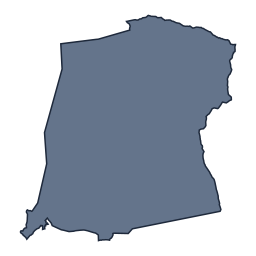 the district of San Antonio Huitepec, Oaxaca, Mexico
{"feature_id": "50627088B88102129443376", "entity_name": "San Antonio Huitepec", "entity_type": "district", "adm_level": 2, "iso_a3": "MEX", "parent_name": "Mexico", "parent_adm1": "Oaxaca", "projection": "robinson", "projection_center": [-97.134, 16.922], "detail": "fine", "context": "isolated", "style": "filled", "palette": "slate", "viewbox_px": 256, "rotation_deg": 0, "n_neighbors": 0, "source": "geoboundaries", "source_scale": "gbopen_adm2", "svg_char_len": 4598}
<svg xmlns="http://www.w3.org/2000/svg" viewBox="0 0 256 256"><path d="M44.5,132.6L46.7,163.8L37.7,203.0L32.3,210.9L31.6,211.3L31.0,210.9L30.3,210.6L29.5,210.7L28.7,210.7L27.9,210.2L27.4,209.9L26.9,210.3L26.6,210.8L26.5,211.4L26.4,211.7L26.4,212.1L27.4,213.9L27.5,215.0L27.4,215.9L27.4,216.7L27.3,217.9L27.3,219.2L27.2,220.1L27.1,221.5L26.8,222.7L26.6,223.4L26.3,224.2L26.1,224.9L26.3,225.7L26.4,226.7L26.5,227.7L25.4,228.0L24.7,228.2L24.1,228.8L23.7,229.2L23.4,229.7L23.2,230.2L23.0,230.7L22.8,231.0L22.1,230.8L21.5,230.9L21.0,230.9L20.7,231.1L20.5,231.7L20.5,232.2L20.7,232.7L21.1,233.1L21.5,233.4L22.0,233.7L22.3,234.0L22.8,234.4L23.1,234.9L23.2,235.3L23.7,235.6L23.8,235.7L24.1,235.9L24.7,236.5L25.1,236.8L25.7,237.3L26.1,237.9L26.3,238.3L26.6,238.8L26.8,239.2L30.0,235.4L30.5,235.2L31.0,235.1L31.4,234.8L32.0,234.2L32.7,233.8L33.1,232.9L33.4,232.1L34.1,231.3L34.9,230.4L35.7,229.8L36.4,229.2L37.2,228.7L38.2,228.4L39.0,228.0L39.0,227.9L40.1,226.6L40.4,226.0L41.5,224.9L40.5,226.1L42.4,225.7L42.7,227.0L42.6,229.4L44.5,228.8L44.8,228.8L44.6,226.1L45.6,225.9L45.5,224.8L48.1,224.2L47.3,223.0L46.3,223.3L46.1,222.8L46.1,222.7L45.7,221.5L46.0,221.2L45.2,220.5L47.3,218.1L48.7,220.2L49.5,220.9L51.3,223.2L52.2,225.6L61.3,229.8L63.5,230.2L69.0,231.6L73.7,231.2L75.6,230.7L80.4,230.2L83.5,230.0L84.6,230.1L87.7,230.8L93.6,232.6L95.7,233.1L98.3,235.0L98.5,240.6L99.5,240.3L100.4,240.1L101.4,240.2L102.6,239.8L103.9,239.9L105.8,239.7L107.2,239.8L108.6,239.9L109.2,240.2L109.6,240.2L109.7,239.3L109.9,239.1L110.1,238.9L110.5,238.5L110.8,238.4L111.1,238.1L111.4,238.0L111.5,237.7L111.8,237.3L112.1,237.0L112.3,236.7L112.4,236.2L112.7,235.7L112.8,235.5L112.9,235.2L113.0,234.8L113.0,234.1L112.9,233.5L113.9,233.2L128.2,233.5L132.4,228.8L220.1,211.3L220.9,209.5L220.1,206.8L219.8,206.0L219.3,204.7L219.6,203.4L219.1,201.4L218.7,200.0L218.3,198.8L218.2,196.7L218.1,195.6L217.8,194.7L217.4,192.9L216.9,191.1L216.3,189.4L216.0,187.5L215.3,184.2L215.0,182.7L214.6,181.2L214.2,179.8L213.6,178.7L212.8,177.9L211.9,176.9L211.3,175.4L210.2,173.7L209.9,172.8L209.4,171.9L206.1,167.0L205.4,166.1L205.0,164.7L204.3,163.6L203.9,162.0L203.7,160.6L203.5,159.9L203.1,158.2L203.0,156.9L202.9,155.6L203.0,154.6L203.1,153.7L203.2,153.3L203.5,152.7L203.7,152.2L204.0,151.7L203.4,150.6L202.4,149.1L202.1,148.2L202.4,147.5L202.5,147.2L202.4,146.1L202.3,145.7L201.4,144.7L200.9,143.7L200.8,143.1L200.8,142.4L200.7,141.7L200.6,140.6L200.4,140.0L200.2,139.2L200.2,138.4L200.0,137.4L200.0,136.4L199.7,135.2L199.3,133.5L199.1,133.0L199.0,132.7L199.3,130.0L201.0,129.1L203.6,128.7L204.0,128.1L204.9,127.2L205.4,126.5L205.9,125.5L205.7,122.1L205.9,120.9L206.4,119.0L206.4,117.5L206.1,116.8L206.1,116.5L207.9,114.6L209.2,113.8L210.5,111.7L211.1,110.8L211.4,110.2L211.8,109.5L212.1,108.7L214.2,107.9L217.1,108.5L217.7,108.6L218.4,108.1L220.0,106.0L220.5,105.3L222.3,102.3L222.6,102.1L226.3,102.9L228.3,101.6L229.5,100.6L231.3,99.9L231.4,99.3L231.3,98.4L231.3,97.6L231.1,96.9L228.5,94.6L228.4,94.5L227.7,90.2L227.6,88.6L227.9,87.6L227.8,86.3L227.4,85.8L227.7,81.4L227.4,79.5L227.5,78.2L228.0,77.5L228.2,76.5L228.4,76.2L229.0,75.0L230.0,74.1L231.2,71.3L231.7,69.8L231.6,69.2L231.1,68.4L230.7,66.9L230.6,64.7L229.7,61.4L229.7,60.5L230.4,59.4L230.8,59.0L231.0,59.0L231.5,58.8L232.1,57.8L232.3,57.3L232.3,56.5L232.4,56.0L232.4,55.6L232.7,55.1L232.7,54.6L233.0,53.9L233.3,53.6L233.6,53.1L233.5,52.4L234.0,52.2L234.6,51.8L234.8,51.4L235.0,51.4L235.1,50.8L235.0,50.1L235.1,49.2L234.8,47.7L235.0,47.0L234.9,46.2L235.3,45.6L235.5,44.5L234.6,44.5L232.7,44.7L232.2,44.4L230.6,44.1L229.8,42.3L229.4,41.7L229.0,40.7L228.2,40.3L227.8,39.8L225.8,39.9L223.4,39.3L222.0,38.6L221.0,38.6L219.7,37.8L218.5,38.0L217.3,37.1L216.7,37.1L216.5,36.9L214.6,35.6L213.0,35.0L212.4,34.2L210.4,31.9L209.2,31.7L204.4,29.2L203.6,28.5L202.3,28.3L201.1,27.4L200.7,27.5L199.6,27.5L198.8,27.3L196.3,27.1L195.1,27.5L194.6,27.7L193.4,28.0L192.6,28.0L190.1,26.1L189.7,26.0L189.2,26.4L187.5,26.2L186.5,26.2L185.7,26.3L183.8,26.0L182.5,25.5L181.8,24.8L181.3,24.6L179.6,23.4L178.8,23.2L178.0,23.1L176.1,22.7L173.2,21.3L172.3,21.2L171.7,21.0L170.4,20.1L169.9,20.0L169.4,20.0L166.5,20.1L164.8,20.4L164.3,19.8L163.1,19.1L161.1,17.4L160.0,17.6L158.8,17.6L158.4,17.7L157.3,17.6L155.8,16.5L151.0,16.3L150.0,15.8L148.8,15.6L148.3,15.4L147.7,15.8L146.7,16.8L145.7,17.4L142.7,17.8L141.5,18.7L141.4,18.8L139.6,19.0L138.4,19.9L137.0,20.1L135.2,19.7L133.8,19.9L127.7,21.2L126.5,21.4L127.3,22.6L129.3,23.9L130.2,26.1L129.6,28.4L129.7,30.2L128.7,30.4L98.2,39.2L95.9,39.4L63.8,43.4L60.8,43.8L62.1,69.0L53.0,101.9L44.5,132.6L44.5,132.6Z" fill="#64748b" stroke="#1e293b" stroke-width="1.5"/></svg>